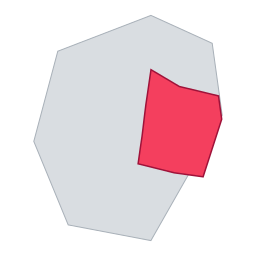 Nauru, with Anibare highlighted
{"feature_id": "NRU-4981", "entity_name": "Anibare", "entity_type": "state/province", "adm_level": 1, "iso_a3": "NRU", "parent_name": "Nauru", "parent_adm1": "", "projection": "mercator", "projection_center": [166.944, -0.519], "detail": "fine", "context": "in_parent", "style": "filled", "palette": "rose", "viewbox_px": 256, "rotation_deg": 0, "n_neighbors": 0, "source": "natural_earth", "source_scale": "10m", "svg_char_len": 447}
<svg xmlns="http://www.w3.org/2000/svg" viewBox="0 0 256 256"><path d="M222.2,115.3L150.9,240.6L68.2,224.9L33.8,141.4L57.8,51.2L150.9,15.4L212.2,43.3L222.2,115.3Z" fill="#d9dde1" stroke="#a8b0b8" stroke-width="1"/><path d="M218.5,95.9L221.7,119.2L203.1,176.8L174.2,172.8L138.1,163.8L140.5,146.8L142.0,136.7L143.0,128.5L144.6,115.0L145.9,104.5L147.6,93.0L151.0,69.7L179.3,86.5L218.5,95.9Z" fill="#f43f5e" stroke="#9f1239" stroke-width="1.5"/></svg>